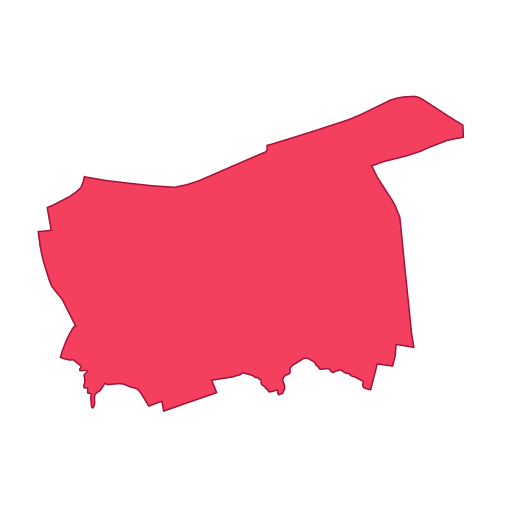 outline of My Tho, Tiền Giang, Vietnam, rotated 176°
{"feature_id": "81297802B97193335039618", "entity_name": "My Tho", "entity_type": "district", "adm_level": 2, "iso_a3": "VNM", "parent_name": "Vietnam", "parent_adm1": "Tiền Giang", "projection": "mercator", "projection_center": [106.365, 10.362], "detail": "fine", "context": "isolated", "style": "filled", "palette": "rose", "viewbox_px": 512, "rotation_deg": 176, "n_neighbors": 0, "source": "geoboundaries", "source_scale": "gbopen_adm2", "svg_char_len": 4163}
<svg xmlns="http://www.w3.org/2000/svg" viewBox="0 0 512 512"><g transform="rotate(176 256 256)"><path d="M40.5,372.1L54.6,382.2L79.0,400.7L81.8,402.5L83.9,403.4L86.9,404.2L91.5,404.3L98.6,404.3L103.7,403.7L110.7,402.3L127.2,395.6L142.1,389.6L153.4,385.8L162.7,383.3L172.6,380.9L188.8,376.8L213.1,371.0L232.4,366.5L237.2,365.6L237.4,362.2L237.7,360.9L238.5,359.8L239.9,358.8L242.8,358.0L307.3,335.2L311.3,334.1L320.4,331.9L325.6,331.2L327.9,330.9L332.3,330.2L339.5,331.2L346.7,332.2L352.4,332.9L360.9,334.4L380.1,337.9L400.1,341.7L419.7,346.5L421.6,347.2L423.7,340.9L425.5,337.3L426.1,336.2L428.9,334.1L431.2,332.2L434.2,330.5L437.6,328.4L441.6,326.7L446.8,324.4L451.6,322.3L456.0,320.5L460.8,319.0L460.7,317.2L459.5,305.3L459.0,301.3L458.6,295.9L469.6,295.5L471.5,295.5L471.1,287.7L470.8,284.4L470.7,281.1L470.2,277.1L469.8,273.9L469.1,269.5L468.6,266.4L467.1,259.6L466.2,255.9L464.4,248.4L463.5,245.0L462.4,241.6L461.8,240.0L458.7,235.3L452.2,226.0L440.8,198.6L441.9,198.5L442.9,197.7L444.4,196.0L446.1,193.3L448.2,190.0L451.1,185.0L453.5,179.9L456.1,174.3L458.2,168.5L454.2,166.8L450.6,165.6L448.7,165.2L445.8,165.2L445.3,164.9L444.5,164.3L443.6,163.4L442.7,162.4L440.3,160.2L438.8,159.1L438.1,158.1L438.1,157.6L438.4,157.0L439.1,156.3L439.8,155.4L439.8,154.3L439.2,153.8L437.7,153.7L436.5,153.8L433.5,153.8L432.9,153.5L432.6,152.9L432.5,152.4L433.0,151.7L433.9,150.9L435.1,150.2L435.8,149.3L435.8,148.2L435.6,146.4L435.4,144.6L435.6,142.2L436.3,140.2L436.8,138.8L436.9,137.5L436.7,136.8L436.2,136.4L435.3,136.3L434.3,136.3L434.0,136.2L433.6,136.0L433.3,135.7L433.2,135.3L433.2,133.7L433.4,132.8L433.5,131.7L433.4,131.1L432.8,130.8L432.1,130.6L430.9,130.4L430.1,129.9L429.9,129.4L430.0,128.6L430.6,126.9L430.8,124.4L430.6,120.5L430.6,117.7L430.2,116.3L429.9,116.0L429.5,115.8L428.8,116.4L428.2,117.4L427.6,118.8L427.1,121.3L427.1,124.9L427.0,126.5L426.6,127.9L426.0,129.1L425.1,130.1L423.9,131.0L422.6,131.7L421.6,132.3L420.8,132.8L419.7,134.1L418.2,136.0L417.2,137.6L416.6,138.2L416.1,138.7L415.3,139.3L414.8,139.4L414.3,139.0L413.9,138.4L413.6,138.1L412.9,138.1L412.0,138.0L407.2,138.2L401.6,138.2L397.8,137.7L394.4,136.1L390.4,134.1L388.4,133.4L386.0,132.7L383.4,131.3L381.9,129.6L380.0,126.5L378.3,123.3L375.7,118.1L373.4,113.7L360.1,117.7L358.9,107.7L330.1,115.6L304.8,122.4L306.4,127.6L308.1,132.7L308.9,135.2L292.5,136.6L287.4,137.0L285.5,137.6L284.3,137.8L282.7,138.2L281.6,138.3L279.7,138.8L278.4,140.0L277.2,140.4L276.5,140.3L275.1,139.6L273.7,139.2L268.0,137.1L267.0,136.4L265.8,135.2L264.8,134.8L263.3,134.6L262.6,134.5L262.0,133.6L261.3,132.9L260.3,132.5L259.7,132.1L259.6,131.0L259.7,128.5L259.5,127.5L258.7,126.7L256.9,125.5L256.1,124.6L255.8,123.9L255.3,123.0L254.8,122.6L254.0,122.3L253.6,121.7L253.0,120.1L252.7,119.6L252.0,119.5L249.8,119.6L245.0,120.7L244.3,121.0L243.9,120.7L243.9,119.4L243.8,117.6L243.5,116.5L243.2,116.0L242.7,116.0L241.8,116.4L240.4,116.9L239.1,117.0L238.1,118.8L237.1,120.6L236.6,122.6L236.6,124.5L236.7,125.8L237.4,127.6L237.9,129.4L237.8,131.2L236.9,133.2L236.0,134.1L234.0,135.2L231.5,136.0L230.5,136.7L230.1,137.5L230.1,139.7L229.9,141.0L229.2,142.4L226.9,144.6L226.0,145.1L224.9,145.6L222.9,146.5L221.1,147.5L219.6,148.3L218.9,148.7L218.0,149.2L215.9,150.4L215.3,150.5L213.9,150.5L212.3,150.4L211.1,150.1L209.1,148.7L205.9,146.7L205.2,146.0L204.4,144.5L203.9,143.3L203.0,142.3L201.8,141.2L201.3,140.5L200.8,139.2L200.2,138.7L199.1,138.5L196.4,138.5L194.6,138.7L192.8,138.6L191.3,138.3L190.5,137.8L189.0,135.7L188.4,134.8L187.3,134.4L186.1,134.8L184.8,135.5L183.7,135.7L182.5,135.8L181.4,136.3L180.7,136.7L180.0,136.6L178.7,135.8L176.1,133.9L174.4,132.7L173.4,132.5L172.1,132.4L171.1,131.9L170.2,130.7L169.4,129.9L167.1,128.8L165.6,128.4L161.7,125.8L159.1,124.4L158.1,123.3L158.0,121.6L158.6,120.0L158.2,118.0L157.2,116.8L153.9,115.5L151.0,114.5L144.8,133.0L142.6,139.9L127.4,136.7L124.0,147.2L122.5,158.0L114.2,156.1L104.9,153.8L106.2,167.6L107.8,218.3L108.2,229.3L109.8,284.4L111.1,288.6L113.6,296.3L116.1,301.7L129.6,326.3L134.2,337.8L122.8,341.1L115.7,342.4L98.1,345.6L84.2,349.1L76.1,352.2L57.4,357.9L50.2,359.0L44.7,359.5L40.8,360.1L40.5,372.1Z" fill="#f43f5e" stroke="#9f1239" stroke-width="1.5"/></g></svg>